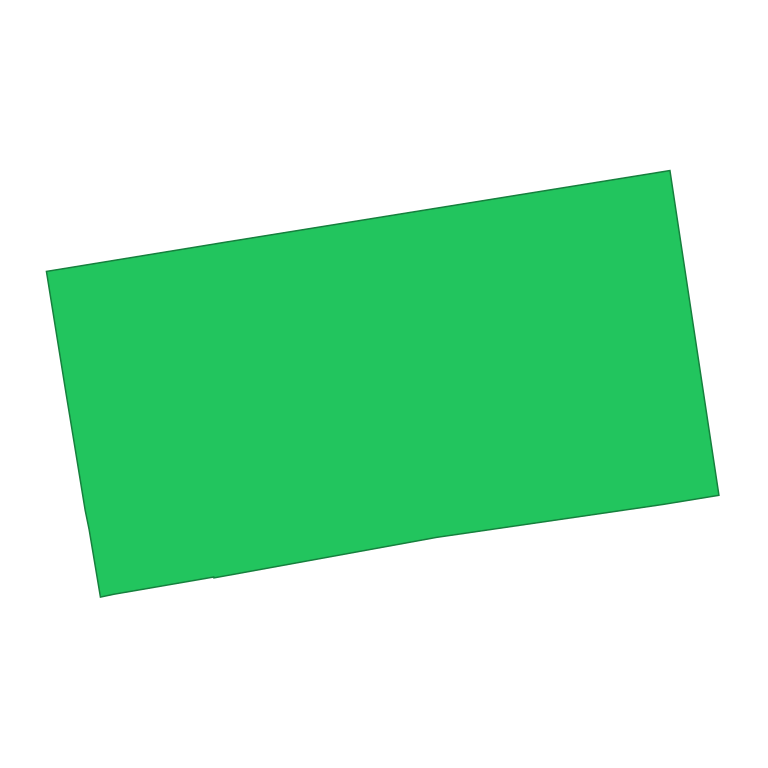 the district of Platte, Wyoming, United States of America, rotated 261°
{"feature_id": "52423323B10745128223313", "entity_name": "Platte", "entity_type": "district", "adm_level": 2, "iso_a3": "USA", "parent_name": "United States of America", "parent_adm1": "Wyoming", "projection": "natural_earth1", "projection_center": [-105.065, 42.131], "detail": "fine", "context": "isolated", "style": "filled", "palette": "green", "viewbox_px": 768, "rotation_deg": 261, "n_neighbors": 0, "source": "geoboundaries", "source_scale": "gbopen_adm2", "svg_char_len": 343}
<svg xmlns="http://www.w3.org/2000/svg" viewBox="0 0 768 768"><g transform="rotate(261 384 384)"><path d="M424.1,68.5L373.4,68.8L306.0,69.1L286.2,70.0L217.9,70.6L218.6,84.0L220.0,185.7L219.1,185.7L224.3,411.8L221.4,641.0L221.7,697.4L550.1,699.8L548.9,251.5L548.0,68.2L424.1,68.5Z" fill="#22c55e" stroke="#15803d" stroke-width="1.5"/></g></svg>